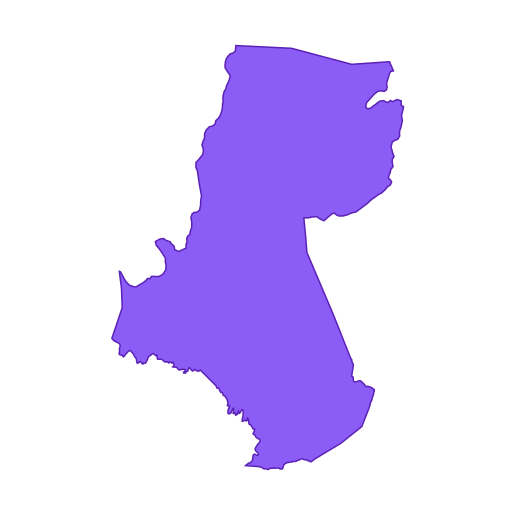 outline of San Miguel Quetzaltepec, Oaxaca, Mexico, rotated 187°
{"feature_id": "50627088B89503535126650", "entity_name": "San Miguel Quetzaltepec", "entity_type": "district", "adm_level": 2, "iso_a3": "MEX", "parent_name": "Mexico", "parent_adm1": "Oaxaca", "projection": "equal_earth", "projection_center": [-95.769, 16.979], "detail": "fine", "context": "isolated", "style": "filled", "palette": "violet", "viewbox_px": 512, "rotation_deg": 187, "n_neighbors": 0, "source": "geoboundaries", "source_scale": "gbopen_adm2", "svg_char_len": 6030}
<svg xmlns="http://www.w3.org/2000/svg" viewBox="0 0 512 512"><g transform="rotate(187 256 256)"><path d="M149.6,166.1L172.3,207.6L205.9,265.7L208.9,280.5L213.2,299.8L210.4,300.0L208.1,300.4L205.3,301.5L200.2,302.5L198.3,301.2L194.8,299.8L192.8,299.3L188.9,303.8L185.6,307.2L183.2,308.1L181.1,306.5L178.5,305.8L174.2,306.4L170.2,308.1L166.3,310.4L162.1,311.9L151.7,322.0L148.0,326.4L145.6,328.4L142.1,331.8L139.1,333.8L135.9,337.5L133.7,341.0L131.3,342.8L130.4,345.9L131.7,347.8L134.1,349.4L133.8,352.6L132.8,355.2L133.0,357.7L130.9,361.4L132.3,365.9L132.5,368.6L131.1,371.5L132.9,374.9L133.8,377.3L135.3,380.5L134.7,385.4L132.6,387.6L129.5,389.1L128.0,392.7L128.5,395.0L128.6,398.0L127.9,401.2L127.2,408.1L128.7,413.4L127.9,419.8L127.8,422.2L130.2,423.2L130.8,427.7L135.1,428.5L139.3,425.8L141.5,426.8L143.7,424.4L146.2,424.9L148.3,425.8L152.3,424.6L154.4,422.6L156.0,420.8L158.0,419.2L159.9,416.9L163.2,415.7L165.3,417.2L165.0,421.5L159.6,429.4L157.9,431.6L155.2,434.2L152.6,435.2L148.8,435.0L146.8,436.8L146.4,439.8L147.4,442.8L147.1,445.9L146.4,449.2L145.8,453.1L144.9,455.5L142.1,456.5L147.2,465.1L184.4,457.9L245.9,466.5L301.6,462.4L301.5,456.9L303.5,454.6L306.0,453.7L307.9,451.3L309.4,448.5L310.0,445.4L310.0,441.3L309.4,438.6L303.5,431.8L304.1,427.3L304.8,424.9L306.1,421.2L306.2,418.5L307.6,415.6L308.2,411.1L308.0,408.0L307.4,405.3L307.7,402.9L307.4,398.5L307.8,394.8L308.6,391.5L309.9,388.4L312.3,385.6L312.8,381.9L315.0,379.7L318.2,378.5L320.9,374.7L321.9,371.0L321.5,366.8L322.4,364.0L323.2,359.6L321.4,355.9L321.0,353.1L321.3,350.3L323.1,347.2L325.2,343.9L327.0,341.6L326.4,336.5L324.6,333.5L320.7,319.4L317.4,308.9L317.6,306.2L317.6,303.3L317.2,299.9L317.6,294.5L320.1,292.2L322.7,291.7L324.5,290.0L325.3,286.2L324.3,283.1L323.7,280.6L323.3,276.4L324.3,272.2L324.3,269.1L326.0,267.8L326.9,265.2L326.2,261.4L326.9,258.7L326.4,255.3L333.2,251.1L337.4,252.3L338.6,255.9L341.6,257.9L343.0,259.7L347.5,260.7L349.9,262.1L353.7,261.0L357.6,258.1L356.3,254.4L353.9,252.3L351.5,249.8L345.5,242.7L345.4,239.5L344.2,236.0L343.9,231.4L345.0,228.9L346.3,226.5L348.6,224.7L350.4,223.7L357.2,223.1L358.4,220.6L360.7,220.6L362.6,218.0L364.3,216.1L367.7,213.6L371.2,210.8L373.2,210.6L375.6,211.0L378.6,211.9L381.8,214.7L384.0,217.2L385.9,220.1L388.6,223.8L389.8,224.1L385.6,207.6L382.5,188.4L389.0,156.7L388.0,155.6L386.4,154.5L385.8,154.2L385.3,154.2L384.3,153.6L381.9,152.9L381.1,152.5L380.0,151.0L379.9,149.9L380.3,147.2L379.9,145.3L379.8,144.0L380.1,142.4L378.9,141.2L377.6,141.4L376.9,141.3L376.5,141.0L375.8,140.1L375.3,139.8L374.5,140.4L374.0,141.7L371.0,145.9L370.2,146.5L369.7,146.7L368.6,146.3L367.0,144.8L366.3,144.4L365.6,143.7L365.0,142.6L364.1,141.2L362.4,139.7L361.1,135.5L360.5,135.0L359.8,135.7L358.8,136.3L358.2,137.1L357.7,137.1L355.9,135.3L355.0,135.0L354.7,136.0L353.7,136.2L352.9,136.0L352.5,136.3L352.0,137.6L351.6,138.5L351.1,140.0L351.0,141.3L350.1,143.4L349.3,143.9L347.5,145.6L346.9,146.4L346.0,146.5L344.2,145.5L343.3,144.8L342.9,145.0L342.5,145.5L341.9,144.7L341.5,142.2L341.1,141.6L338.9,141.8L337.2,142.1L336.5,141.8L335.1,140.6L333.5,139.8L332.5,139.7L331.4,140.3L329.9,139.6L329.4,139.2L328.7,140.4L327.9,140.3L327.3,140.1L326.5,139.4L326.1,139.7L325.6,140.3L325.2,140.4L324.0,137.9L325.1,135.8L323.5,135.7L322.8,136.0L321.4,135.7L321.0,135.8L319.5,134.1L318.2,133.5L314.4,134.8L312.3,134.5L312.1,134.3L312.1,133.7L312.7,132.9L313.7,132.0L313.7,131.2L312.2,131.1L311.7,131.2L311.3,132.3L310.7,133.0L309.9,133.4L309.6,133.7L309.1,136.3L308.6,137.2L308.2,137.0L307.1,135.8L306.5,135.4L305.9,134.5L304.9,134.2L304.5,134.2L304.0,134.6L303.2,135.7L302.7,135.9L302.2,135.8L301.4,134.9L299.3,134.6L298.4,135.0L297.5,136.1L279.6,122.1L279.2,120.9L278.7,120.2L278.2,120.1L277.2,120.3L276.9,120.2L276.2,119.5L276.1,118.6L275.5,117.7L274.5,116.8L274.2,116.2L273.3,116.4L272.4,115.9L272.2,115.3L271.4,113.6L270.2,113.3L269.1,112.5L267.7,110.6L267.0,109.6L266.0,106.7L265.8,106.1L266.3,104.3L266.0,103.8L265.4,103.8L264.3,104.2L264.0,104.1L264.0,103.6L264.1,102.5L264.6,101.3L264.9,99.8L264.9,97.6L264.5,96.4L263.4,95.9L261.5,97.5L261.1,98.8L261.0,99.7L260.2,102.0L259.8,102.1L259.6,101.3L259.2,99.2L259.1,98.5L259.6,97.3L259.5,97.0L258.7,97.1L258.2,96.9L257.6,97.4L257.2,97.4L257.0,96.9L256.8,95.6L255.2,96.5L255.0,97.1L255.1,98.1L254.6,99.8L253.7,98.1L253.1,97.8L251.7,101.1L251.1,101.8L250.4,101.7L250.1,101.2L250.0,100.4L249.4,96.4L249.4,95.4L249.6,94.0L249.7,92.0L249.6,90.4L249.2,90.2L248.6,90.5L247.5,91.5L247.0,91.7L245.6,91.1L245.0,91.4L244.8,91.8L244.7,92.6L245.0,93.5L244.9,94.0L244.5,94.1L244.0,93.6L243.8,93.2L243.4,91.8L242.9,90.7L242.7,88.9L242.2,88.2L241.7,87.9L240.8,87.9L240.1,87.1L239.2,85.9L237.7,83.9L236.3,84.2L236.1,83.4L236.2,82.5L236.9,80.3L237.3,79.2L236.8,78.7L235.3,78.4L234.3,76.6L233.3,75.7L232.2,75.1L231.1,74.8L229.9,74.3L229.5,73.2L229.5,72.2L230.2,70.9L230.8,70.3L232.1,67.8L233.3,65.1L233.3,64.1L233.0,63.2L232.5,62.5L231.5,61.8L230.8,61.2L230.0,60.6L229.5,59.8L229.4,59.2L229.6,58.7L230.5,58.4L231.2,58.5L233.1,59.2L234.1,58.7L234.6,57.5L234.6,52.7L234.9,52.2L236.9,49.8L238.4,49.4L239.1,48.1L239.8,47.9L240.8,46.7L227.0,47.3L224.9,47.0L222.3,45.7L221.1,45.8L219.8,46.1L218.3,45.5L217.4,45.8L216.0,47.2L214.9,47.1L212.7,47.6L212.5,48.0L211.1,47.6L209.8,48.1L207.5,48.3L206.1,47.5L205.4,47.7L204.0,47.8L203.5,48.7L202.9,52.3L201.2,53.9L200.3,54.3L199.4,55.0L198.6,55.0L197.6,55.5L195.6,55.8L194.0,56.6L191.4,56.9L190.5,57.8L188.2,58.9L186.5,60.1L185.0,60.4L184.0,59.8L180.2,59.7L179.8,59.1L178.6,59.1L176.9,58.5L176.1,58.5L172.7,61.9L149.1,80.3L130.2,99.6L125.2,119.1L125.2,119.6L124.8,120.9L124.6,123.4L124.3,124.9L123.6,126.9L123.2,129.9L122.6,132.3L122.4,135.4L122.2,135.9L122.2,137.4L122.5,138.1L123.2,138.0L125.0,139.4L126.0,139.7L127.3,139.9L128.4,140.3L129.4,140.2L130.5,139.8L131.9,140.7L133.1,142.0L136.6,144.7L138.2,144.7L139.4,144.4L141.0,143.4L142.2,143.2L143.1,143.2L143.8,143.6L144.3,144.7L144.7,147.2L145.1,147.9L146.4,148.3L146.1,159.7L146.5,160.6L148.1,163.4L148.3,164.3L148.5,165.0L149.6,166.1Z" fill="#8b5cf6" stroke="#5b21b6" stroke-width="1.5"/></g></svg>